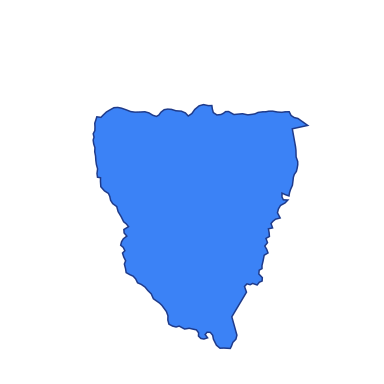 outline of Vitor Meireles, Santa Catarina, Brazil, rotated 305°
{"feature_id": "56859067B65330476099090", "entity_name": "Vitor Meireles", "entity_type": "district", "adm_level": 2, "iso_a3": "BRA", "parent_name": "Brazil", "parent_adm1": "Santa Catarina", "projection": "robinson", "projection_center": [-49.846, -26.816], "detail": "fine", "context": "isolated", "style": "filled", "palette": "blue", "viewbox_px": 384, "rotation_deg": 305, "n_neighbors": 0, "source": "geoboundaries", "source_scale": "gbopen_adm2", "svg_char_len": 2488}
<svg xmlns="http://www.w3.org/2000/svg" viewBox="0 0 384 384"><g transform="rotate(305 192 192)"><path d="M199.0,70.9L195.9,71.9L192.6,72.9L189.5,75.3L186.6,77.2L183.0,77.7L180.7,80.3L177.9,81.2L175.0,83.9L172.6,87.1L169.2,89.2L166.1,92.4L162.6,95.2L159.7,97.9L156.8,101.4L152.6,103.6L149.9,106.1L151.2,108.9L148.1,111.0L144.0,114.3L142.7,119.6L142.9,124.4L141.2,127.2L138.5,130.1L137.0,133.7L136.9,138.7L133.5,142.8L131.2,148.0L128.4,153.1L128.2,156.5L127.2,159.9L122.2,157.7L119.5,159.9L118.5,163.9L114.3,162.6L110.9,162.8L107.5,164.1L107.2,167.4L105.4,170.7L102.1,170.1L99.6,173.4L97.6,177.1L94.2,177.9L91.1,181.5L88.2,184.3L88.6,188.3L89.3,192.1L88.5,195.7L86.4,199.5L87.2,203.4L87.2,208.0L86.0,212.3L85.2,217.0L82.4,221.6L82.4,225.7L82.4,229.2L81.9,232.3L80.6,236.1L79.4,239.6L76.8,243.3L73.2,245.7L70.5,248.9L71.0,253.0L72.3,256.4L74.8,258.4L75.5,264.5L78.8,267.9L80.2,271.4L81.6,274.7L80.4,278.2L77.7,279.9L77.1,283.3L78.4,286.1L81.5,288.4L82.8,284.5L85.8,284.8L87.5,287.5L86.5,291.1L83.7,294.0L80.5,299.9L80.1,304.5L82.5,307.7L85.8,313.1L88.5,312.7L92.2,311.7L96.6,312.4L100.5,310.9L112.6,296.2L141.2,294.1L144.7,289.2L148.3,289.7L149.4,292.8L151.9,294.1L153.2,298.7L156.7,298.9L159.3,300.5L162.2,298.7L163.2,293.7L166.5,291.9L169.4,293.3L171.9,291.5L176.2,289.8L181.6,287.4L185.7,289.2L187.8,286.2L189.5,282.6L193.8,282.9L196.4,279.2L200.0,280.9L202.7,278.7L205.7,275.7L208.8,278.6L211.5,274.8L214.5,275.1L217.6,276.0L221.3,279.1L224.0,273.9L227.7,272.5L231.7,272.2L236.4,274.5L240.4,275.1L238.0,271.3L239.5,268.6L242.7,266.4L243.4,270.1L244.4,273.7L247.3,272.3L250.5,271.3L255.1,270.4L259.1,268.3L262.2,266.6L265.1,265.7L268.7,265.7L271.8,264.5L275.0,263.0L277.6,261.1L280.4,257.2L283.1,255.2L285.8,253.2L288.5,250.8L301.3,237.9L312.9,248.6L313.0,236.6L311.6,233.0L311.5,229.3L313.5,225.6L311.0,222.2L308.8,219.9L306.5,216.1L304.5,211.7L302.2,208.5L300.1,206.5L298.2,203.9L295.1,200.5L292.2,198.8L290.2,196.8L287.2,193.5L285.1,188.5L282.4,185.3L279.5,181.9L278.9,175.8L277.1,173.4L274.5,172.6L272.1,171.3L269.4,168.2L269.3,163.9L271.7,161.0L274.2,158.7L272.1,155.8L270.2,151.3L266.7,148.4L261.2,146.9L256.2,146.9L252.1,145.3L253.0,141.3L252.1,136.9L249.3,132.2L247.9,127.8L246.0,124.6L243.5,122.0L239.6,120.8L236.0,120.7L233.5,119.5L232.4,115.9L232.1,111.3L230.7,107.4L228.2,104.2L226.4,101.8L224.7,99.5L222.7,95.6L221.5,90.7L220.2,86.1L218.7,82.7L216.3,79.7L212.4,77.8L208.5,76.0L204.0,75.1L200.9,74.6L199.0,70.9Z" fill="#3b82f6" stroke="#1e3a8a" stroke-width="1.5"/></g></svg>